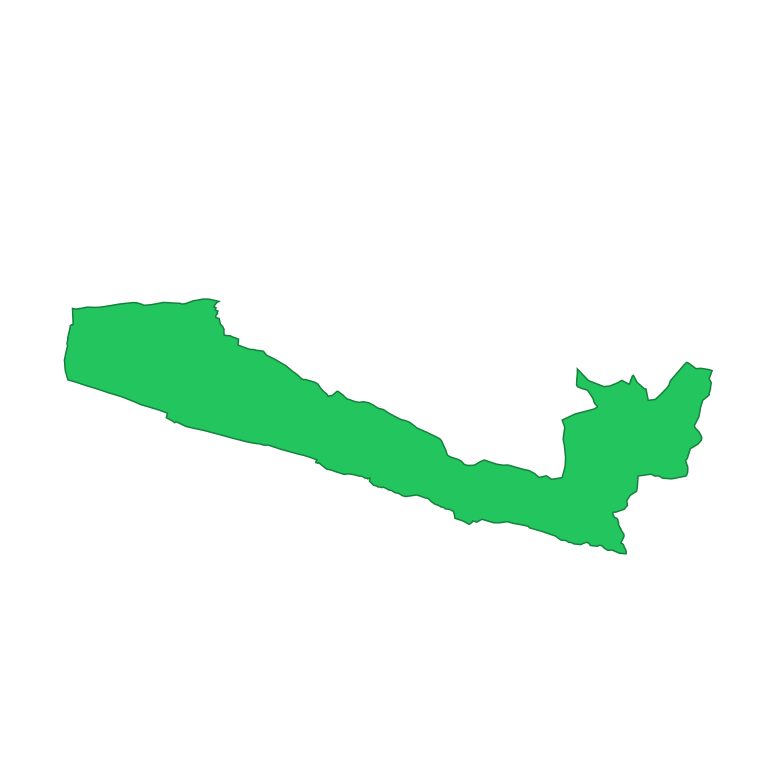 Sambata De Sus, Brasov, Romania (Albers equal-area conic projection), rotated 287°
{"feature_id": "2599482B2272627924315", "entity_name": "Sambata De Sus", "entity_type": "district", "adm_level": 2, "iso_a3": "ROU", "parent_name": "Romania", "parent_adm1": "Brasov", "projection": "albers", "projection_center": [24.821, 45.691], "detail": "fine", "context": "isolated", "style": "filled", "palette": "green", "viewbox_px": 768, "rotation_deg": 287, "n_neighbors": 0, "source": "geoboundaries", "source_scale": "gbopen_adm2", "svg_char_len": 6037}
<svg xmlns="http://www.w3.org/2000/svg" viewBox="0 0 768 768"><g transform="rotate(287 384 384)"><path d="M492.7,693.9L492.8,691.0L491.7,682.7L489.9,677.8L493.3,668.3L492.9,666.9L489.8,665.3L471.0,657.0L468.4,656.8L466.3,656.9L462.4,655.5L455.1,651.7L448.7,648.1L445.6,641.5L455.8,636.0L455.6,634.3L459.6,625.5L465.2,620.0L464.0,619.0L461.9,619.2L460.1,618.7L459.1,618.9L456.2,618.8L455.5,618.4L457.0,610.4L453.1,606.7L448.0,600.4L445.8,594.9L447.0,578.7L454.9,564.5L451.2,565.7L443.6,567.3L439.4,568.4L438.0,570.0L437.5,574.7L437.7,579.9L436.2,582.2L432.6,586.5L431.2,588.1L426.9,591.1L425.5,594.1L424.4,594.8L421.7,592.5L416.3,583.9L411.3,575.7L401.6,564.9L395.5,569.5L383.6,571.4L378.4,574.3L366.9,579.1L358.2,581.3L346.5,581.7L341.8,572.1L343.7,566.2L339.9,559.4L342.2,554.8L343.6,548.3L343.1,541.6L342.8,526.3L341.2,521.8L340.3,515.5L340.4,507.6L340.7,502.4L337.9,498.8L334.2,495.5L332.6,493.8L330.7,488.2L330.4,485.9L330.8,483.9L333.0,480.1L333.5,477.3L333.7,468.4L334.4,465.8L335.6,464.6L338.7,462.5L346.7,455.4L347.9,453.4L348.4,450.9L350.3,439.2L351.5,428.7L354.9,419.8L355.3,414.1L354.9,411.8L355.8,405.6L356.1,404.6L356.1,403.5L356.7,401.8L356.9,400.2L357.1,399.1L357.6,396.9L358.0,395.5L358.5,393.6L358.8,392.9L359.1,392.1L359.4,390.5L359.3,389.1L359.2,387.4L359.1,385.8L359.4,384.3L360.7,380.0L361.6,374.9L361.0,369.5L359.1,365.4L358.7,360.9L359.0,355.1L358.7,354.1L359.4,352.1L359.8,350.9L361.3,348.3L363.6,342.0L363.0,341.0L357.4,337.6L357.5,336.6L355.9,334.3L357.9,331.9L359.0,328.9L360.3,326.5L362.1,323.8L363.2,322.5L364.8,320.3L365.2,318.2L365.4,317.6L365.4,307.7L364.7,305.9L365.0,303.4L365.8,301.7L366.5,300.5L367.7,297.9L369.6,292.4L373.0,284.2L373.4,282.3L375.6,273.1L377.0,264.6L377.3,263.0L380.1,259.1L379.5,254.9L379.0,252.6L378.9,250.9L378.9,249.7L378.6,248.2L378.3,247.3L378.0,246.0L377.9,243.4L378.5,234.8L378.5,233.2L378.8,233.0L384.4,231.8L384.8,224.4L385.2,222.8L384.5,220.1L384.0,216.8L387.5,215.5L389.6,215.0L392.2,212.4L393.4,210.0L396.1,208.5L398.5,207.3L398.4,206.8L398.3,206.0L398.6,203.6L400.1,203.2L402.8,204.2L403.2,203.5L405.2,203.9L405.3,201.1L407.9,201.0L407.9,198.8L409.8,199.1L411.2,199.6L412.0,199.9L412.9,200.2L414.7,202.0L414.2,194.5L414.0,192.4L413.7,190.7L412.4,186.6L411.9,185.2L410.8,183.3L409.1,180.0L408.1,177.7L406.8,175.9L405.4,174.1L403.5,171.6L402.9,170.7L402.1,169.1L401.4,167.5L401.5,165.2L400.8,162.7L399.5,157.6L398.9,154.5L398.1,151.7L397.8,150.1L397.5,149.2L396.2,146.6L395.5,145.4L392.6,139.8L390.7,135.7L389.1,131.3L389.4,128.9L389.4,126.2L389.5,124.8L389.3,123.5L388.8,121.2L388.3,119.9L385.5,113.1L382.8,107.0L379.3,100.1L374.3,89.8L372.6,84.6L370.7,77.6L367.9,72.4L365.5,67.5L365.2,64.0L350.1,69.3L349.6,68.9L349.3,67.9L348.3,67.0L345.0,67.4L335.5,68.1L334.9,68.3L334.7,68.6L332.3,68.7L329.9,69.0L328.1,70.2L322.8,70.5L313.2,71.4L312.8,71.7L304.9,74.7L302.8,75.8L297.7,79.1L295.5,80.6L295.7,88.8L295.4,99.2L295.4,111.0L295.1,122.6L295.1,137.4L294.8,141.4L294.0,150.5L293.3,156.2L293.2,158.7L293.3,163.8L293.3,176.9L292.8,185.5L288.1,185.7L286.8,192.5L285.8,195.2L287.1,196.4L285.5,207.3L286.2,217.0L286.9,224.9L287.5,239.8L287.9,254.8L288.4,265.3L288.6,269.4L289.2,275.9L289.9,280.5L290.4,282.0L290.4,284.2L290.3,286.2L291.0,289.4L291.8,290.7L291.6,294.4L291.6,298.3L291.4,304.6L291.6,310.0L291.7,315.0L291.9,321.3L292.3,328.3L292.3,333.5L291.9,342.0L289.0,341.6L288.9,342.2L289.0,343.1L288.8,343.8L289.6,344.6L286.8,351.6L286.0,353.7L285.8,354.2L286.2,357.5L286.2,360.7L286.0,362.8L286.0,367.9L285.9,372.0L286.4,373.9L287.3,375.1L288.2,379.0L288.7,385.2L288.6,386.6L289.1,388.5L289.3,390.0L289.2,390.8L288.4,393.2L289.1,395.6L288.5,396.2L290.0,398.0L286.8,398.6L284.2,403.4L284.3,406.4L283.8,408.3L284.2,409.9L284.3,412.4L285.2,413.3L284.7,417.1L284.1,419.0L284.3,422.5L283.3,426.2L283.7,429.9L282.6,434.4L282.6,436.1L282.8,437.9L287.4,447.5L287.4,452.5L287.1,455.8L287.4,459.7L285.2,463.9L284.0,467.7L283.7,473.2L283.1,473.8L283.4,477.1L282.5,479.2L283.3,483.1L282.5,487.5L279.5,489.6L276.3,491.1L276.2,499.3L274.7,506.5L277.2,508.5L279.0,509.0L279.0,513.1L283.3,517.2L283.4,529.7L285.1,535.3L288.4,542.1L288.5,548.1L289.6,557.1L290.1,563.5L289.0,565.2L289.2,577.8L288.7,592.5L286.5,598.6L287.5,604.0L286.6,606.7L287.1,610.1L286.6,612.6L287.6,617.2L287.8,618.9L291.5,623.3L291.9,626.0L289.9,628.6L291.2,635.4L292.8,637.2L293.0,640.0L291.3,642.7L290.4,646.6L291.9,650.7L291.0,658.9L292.4,665.1L292.6,665.0L293.1,665.0L293.8,664.9L294.2,664.8L294.6,664.6L295.2,664.2L295.3,664.2L295.5,664.0L296.6,663.2L296.8,662.9L297.2,662.6L297.5,662.1L297.8,661.8L299.0,661.0L300.1,660.1L300.4,659.8L300.8,659.1L300.9,658.9L301.0,658.6L301.1,658.1L301.1,657.7L301.0,657.3L301.4,657.1L301.8,657.2L302.0,657.1L303.4,657.3L303.7,657.3L304.6,657.5L305.9,657.8L307.2,657.9L307.9,658.1L308.3,658.0L309.0,657.9L309.3,657.7L310.1,657.5L310.7,657.0L310.9,656.8L311.0,656.7L311.3,656.3L311.3,656.2L311.6,655.8L311.8,655.5L312.3,655.1L312.5,654.9L312.9,654.5L313.4,653.6L313.8,653.3L314.0,653.2L314.5,653.0L314.7,652.8L314.9,652.6L315.0,652.6L315.5,652.0L315.6,651.4L315.7,651.2L315.8,651.2L316.5,651.0L316.7,650.9L317.2,650.3L317.4,650.0L317.9,649.4L318.2,649.1L318.5,649.0L318.9,649.2L319.0,649.2L319.6,649.1L320.2,648.7L320.7,648.2L321.1,647.9L321.4,647.7L321.9,647.7L322.3,647.5L322.7,647.2L323.2,646.6L323.5,646.0L323.7,645.5L323.7,645.1L323.7,644.6L323.7,644.3L323.8,643.7L324.0,643.4L324.5,642.7L325.1,642.2L326.1,641.3L326.6,641.0L326.8,640.9L327.3,640.7L327.5,640.6L328.1,640.6L328.8,641.3L329.1,643.0L331.7,646.5L334.5,650.4L339.2,652.3L343.6,650.2L349.6,652.1L355.3,656.9L359.3,656.4L370.3,653.9L375.9,665.9L375.1,669.9L376.5,673.5L375.4,678.1L377.4,686.9L384.0,699.2L384.9,700.0L388.5,700.2L393.4,698.8L398.4,695.1L399.2,694.8L400.7,695.5L401.8,695.8L409.8,695.9L411.1,695.7L411.8,695.9L414.2,698.2L418.2,701.7L423.0,704.0L426.0,703.4L430.1,699.5L433.4,693.9L435.2,693.0L444.4,694.7L447.5,694.4L454.1,693.6L461.8,693.6L465.7,696.4L468.8,698.2L470.2,697.6L474.4,697.7L477.1,697.1L480.9,696.6L484.1,693.4L492.7,693.9Z" fill="#22c55e" stroke="#15803d" stroke-width="1.5"/></g></svg>